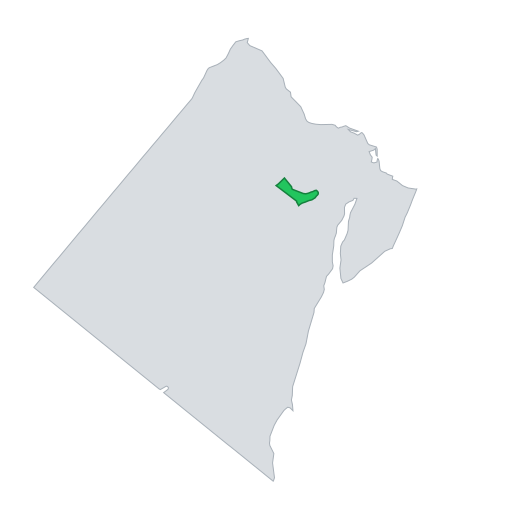 Bani Suwayf highlighted on a map of Egypt, rotated 39°
{"feature_id": "EGY-1546", "entity_name": "Bani Suwayf", "entity_type": "Governorate", "adm_level": 1, "iso_a3": "EGY", "parent_name": "Egypt", "parent_adm1": "", "projection": "equal_earth", "projection_center": [30.952, 29.058], "detail": "fine", "context": "in_parent", "style": "filled", "palette": "green", "viewbox_px": 512, "rotation_deg": 39, "n_neighbors": 0, "source": "natural_earth", "source_scale": "10m", "svg_char_len": 3792}
<svg xmlns="http://www.w3.org/2000/svg" viewBox="0 0 512 512"><g transform="rotate(39 256 256)"><path d="M411.1,420.2L402.6,420.2L394.1,420.2L385.6,420.2L377.1,420.2L368.6,420.2L360.1,420.2L351.6,420.3L343.1,420.3L334.6,420.3L326.1,420.3L317.6,420.3L309.1,420.3L300.6,420.3L292.1,420.3L283.6,420.3L275.1,420.3L270.2,420.3L271.0,417.2L271.5,415.0L271.0,413.5L269.3,413.1L268.2,413.6L265.7,420.0L264.4,420.3L261.4,420.3L251.5,420.3L241.6,420.3L231.7,420.3L221.8,420.3L211.9,420.3L202.0,420.3L192.1,420.3L182.2,420.3L172.3,420.3L162.4,420.3L152.5,420.3L142.6,420.3L132.7,420.3L122.8,420.3L112.9,420.3L103.0,420.3L103.1,412.5L103.2,404.7L103.3,396.9L103.4,389.1L103.6,381.3L103.7,373.6L103.8,365.8L103.9,358.0L104.0,350.3L104.2,342.6L104.3,334.8L104.4,327.1L104.5,319.4L104.7,311.7L104.8,304.0L104.9,296.3L105.1,288.6L105.2,280.9L105.3,273.3L105.5,265.6L105.6,258.0L105.7,250.3L105.9,242.7L106.0,235.0L106.2,227.4L106.3,219.8L106.5,212.2L106.6,204.6L106.7,197.0L106.9,189.5L107.0,181.9L107.2,174.3L107.0,172.9L105.7,167.8L104.6,161.3L103.3,153.3L103.2,150.7L101.1,142.5L100.9,140.1L101.5,138.5L105.5,131.6L106.7,128.2L107.7,124.2L108.1,120.9L107.1,115.9L105.9,111.4L105.6,106.8L105.5,102.3L107.5,99.3L109.8,96.4L110.7,94.6L112.2,92.6L113.1,91.7L114.9,95.7L118.8,96.4L131.6,92.8L145.6,96.4L153.4,97.8L165.3,100.9L172.5,106.4L174.5,107.1L179.7,107.0L183.1,110.2L196.8,111.8L204.1,115.4L208.2,118.2L210.7,119.1L212.9,119.0L215.9,117.9L219.6,115.9L223.7,113.1L232.2,105.9L235.2,104.6L237.1,105.0L239.5,104.9L240.5,102.9L241.7,101.6L242.5,100.1L243.8,98.2L248.2,97.7L257.0,94.6L256.0,96.1L248.0,99.6L251.4,100.0L254.9,98.8L258.9,98.1L259.7,96.6L260.2,93.8L261.0,93.4L263.7,93.9L272.0,98.2L274.0,98.3L279.8,96.0L281.1,95.5L283.0,96.8L287.3,102.1L285.8,102.0L281.2,97.4L280.8,99.7L278.2,103.7L281.4,105.5L284.1,106.1L285.5,108.4L286.4,110.4L289.0,109.5L290.9,106.8L289.9,105.3L289.3,103.7L290.1,103.7L292.0,104.9L297.2,110.1L299.0,111.2L301.0,111.0L305.2,109.5L306.4,109.8L312.1,107.9L312.8,109.3L313.7,110.7L318.3,109.1L325.5,109.1L331.4,107.4L338.2,103.4L338.7,102.7L339.1,103.7L340.0,106.5L342.1,113.6L344.0,119.2L346.3,126.9L347.0,129.9L347.4,131.9L350.7,140.5L352.7,147.5L354.2,153.2L356.3,161.5L357.2,164.4L355.8,165.9L353.1,171.3L350.3,188.6L346.1,202.1L345.7,210.6L345.0,213.7L343.0,218.0L340.6,222.2L336.1,220.0L328.8,212.6L324.6,205.6L320.0,201.0L315.7,195.0L314.5,190.7L314.6,187.9L312.7,181.2L311.3,178.0L306.0,170.8L304.5,167.0L303.4,165.3L302.2,162.9L300.3,153.6L298.2,147.7L295.9,149.4L296.3,151.8L294.3,155.3L293.1,159.2L294.1,162.5L298.3,167.5L299.2,169.6L300.2,174.3L300.1,180.7L300.8,182.9L304.0,187.6L305.1,190.5L305.8,192.9L306.9,195.1L310.1,199.3L314.7,207.2L319.0,212.5L322.1,215.1L323.5,217.7L323.8,224.3L323.6,227.5L326.4,233.5L327.4,236.5L330.1,239.0L331.4,241.8L332.5,246.5L334.3,260.1L336.6,263.4L344.0,281.4L350.1,292.8L353.1,301.3L357.7,311.7L366.7,334.5L372.0,341.6L374.1,345.6L377.9,348.6L382.1,353.0L378.2,352.6L377.2,352.9L375.8,353.6L375.2,356.3L374.9,358.5L375.6,370.1L376.7,376.1L380.3,387.3L382.9,390.7L384.2,392.9L385.9,394.5L394.2,398.3L399.1,406.4L409.9,416.7L411.0,419.6L411.1,420.2Z" fill="#d9dde1" stroke="#a8b0b8" stroke-width="1"/><path d="M241.7,181.2L242.9,181.1L253.4,177.7L255.5,176.4L257.2,174.2L258.0,172.8L258.5,171.7L259.5,170.4L260.5,168.2L261.5,167.0L262.6,167.0L263.3,167.1L264.0,167.3L264.4,167.6L264.6,167.7L264.8,167.9L265.0,168.2L265.2,168.7L265.4,169.0L265.4,169.4L265.4,169.7L265.4,170.0L265.3,170.4L265.2,171.8L265.3,173.1L265.3,173.6L265.1,174.2L264.8,175.0L264.4,176.3L264.1,177.1L263.7,177.7L262.6,179.1L261.9,180.2L260.4,183.0L258.7,185.6L258.2,186.8L257.7,188.3L257.6,189.3L257.5,190.0L253.5,188.4L253.1,187.8L227.3,188.6L228.0,186.0L229.0,177.5L240.0,179.8L241.7,181.2Z" fill="#22c55e" stroke="#15803d" stroke-width="1.5"/></g></svg>